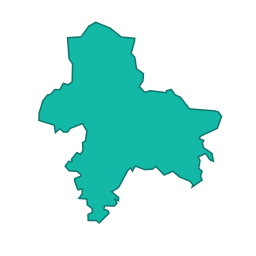 Petrovets, Skopje, North Macedonia (Natural Earth projection), rotated 280°
{"feature_id": "65306769B87468718843329", "entity_name": "Petrovets", "entity_type": "district", "adm_level": 2, "iso_a3": "MKD", "parent_name": "North Macedonia", "parent_adm1": "Skopje", "projection": "natural_earth1", "projection_center": [21.679, 41.91], "detail": "fine", "context": "isolated", "style": "filled", "palette": "teal", "viewbox_px": 256, "rotation_deg": 280, "n_neighbors": 0, "source": "geoboundaries", "source_scale": "gbopen_adm2", "svg_char_len": 1431}
<svg xmlns="http://www.w3.org/2000/svg" viewBox="0 0 256 256"><g transform="rotate(280 128 128)"><path d="M214.4,119.3L217.5,119.1L216.4,105.6L223.2,93.1L226.5,77.8L221.5,71.8L209.6,66.0L206.4,52.8L186.1,57.9L181.5,62.3L163.8,65.0L160.1,61.5L160.8,56.5L154.0,54.3L153.1,49.1L147.8,46.1L146.6,43.1L140.2,39.5L127.0,37.9L120.0,39.0L118.0,55.0L110.8,57.3L115.5,60.9L112.8,65.3L113.6,69.3L117.6,71.2L124.5,82.4L117.8,88.1L107.7,88.3L105.8,85.8L98.0,87.6L93.9,85.6L94.9,81.8L87.4,77.8L85.5,79.0L84.7,75.3L79.4,72.8L75.6,77.5L76.5,85.1L74.1,89.4L72.4,90.0L68.9,84.3L66.8,84.5L58.4,89.4L60.0,93.4L55.6,94.4L50.2,91.9L50.9,100.0L45.2,101.2L42.4,106.7L38.7,107.5L35.9,103.6L30.0,104.9L31.4,112.9L29.5,116.1L40.6,124.0L43.2,122.6L43.7,118.4L47.4,118.4L48.7,127.9L51.9,130.2L55.7,127.6L54.6,131.2L57.9,130.9L62.3,123.1L67.8,129.0L86.6,135.3L89.2,137.8L86.4,139.8L91.8,141.8L89.9,151.9L91.9,159.5L95.0,162.1L88.0,171.8L93.2,179.6L88.8,187.1L86.3,198.4L83.5,201.7L81.0,201.4L89.6,210.0L93.2,207.8L98.1,208.5L100.6,204.6L108.2,204.6L111.7,202.2L116.4,208.9L111.0,214.0L110.0,217.9L117.5,215.1L121.6,206.0L125.5,203.9L128.9,204.7L129.7,200.1L132.5,200.7L143.2,216.0L155.7,218.1L159.5,214.1L159.9,210.2L157.5,185.2L167.4,174.2L168.8,168.6L173.5,163.9L171.4,159.5L169.4,159.5L168.6,143.5L166.0,138.1L171.1,131.8L176.8,134.5L184.2,133.8L187.8,126.1L198.9,122.3L201.9,118.1L214.4,119.3Z" fill="#14b8a6" stroke="#0f766e" stroke-width="1.5"/></g></svg>